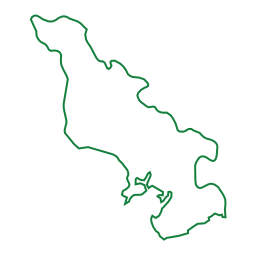 map outline of Kyōto (Albers equal-area conic projection), rotated 181°
{"feature_id": "JPN-1850", "entity_name": "Kyōto", "entity_type": "Urban Prefecture", "adm_level": 1, "iso_a3": "JPN", "parent_name": "Japan", "parent_adm1": "", "projection": "albers", "projection_center": [135.379, 35.234], "detail": "fine", "context": "isolated", "style": "outline", "palette": "green", "viewbox_px": 256, "rotation_deg": 181, "n_neighbors": 0, "source": "natural_earth", "source_scale": "10m", "svg_char_len": 2940}
<svg xmlns="http://www.w3.org/2000/svg" viewBox="0 0 256 256"><g transform="rotate(181 128 128)"><path d="M29.0,40.4L31.9,40.6L32.6,43.0L34.8,42.3L37.8,43.3L39.7,44.0L43.1,41.2L44.1,40.6L45.8,39.9L45.2,37.3L49.9,34.0L53.8,33.7L56.8,33.4L59.5,31.6L66.3,26.6L66.1,23.9L74.5,21.3L82.8,19.6L87.2,18.9L90.0,17.1L94.0,20.1L95.8,23.8L98.3,25.5L101.0,29.6L102.9,34.3L103.3,37.9L102.1,40.7L98.7,38.5L95.3,40.9L93.2,45.3L92.6,48.0L90.9,49.7L86.2,55.2L83.4,59.8L83.4,63.9L84.7,65.0L86.5,64.7L86.8,61.1L89.1,59.3L91.3,55.8L93.5,54.4L94.4,58.6L96.4,59.4L97.3,60.3L95.8,61.4L94.1,61.5L92.1,61.3L91.9,64.6L102.5,70.6L104.9,69.5L106.3,68.3L108.2,71.6L107.2,74.4L106.4,76.3L104.8,80.2L104.5,81.8L105.4,84.2L107.3,82.7L108.9,79.3L111.0,76.0L114.0,76.2L118.1,78.2L119.4,77.0L119.4,71.8L114.6,72.9L110.6,71.2L108.6,65.6L112.5,62.1L114.6,61.4L119.5,61.3L121.7,60.6L123.4,58.9L125.0,56.8L125.6,54.6L129.6,52.0L128.8,55.3L127.8,58.5L130.8,59.7L132.9,61.1L132.2,64.3L131.8,65.1L129.5,66.4L127.8,67.7L126.0,69.6L125.6,71.5L126.3,73.5L127.3,75.3L128.0,77.3L128.0,78.4L126.9,81.2L127.0,83.2L127.9,85.9L133.3,92.7L136.3,95.5L137.6,97.6L139.0,99.4L142.5,101.3L167.6,108.2L176.7,106.7L181.6,110.9L191.0,122.0L191.3,125.0L189.6,132.5L189.9,135.2L192.2,144.6L192.7,148.2L192.7,151.4L189.1,175.2L189.1,176.1L190.9,180.3L193.3,184.5L195.8,189.9L196.2,192.9L196.3,195.9L196.1,199.1L196.7,201.1L197.5,202.3L199.2,203.5L201.4,204.1L204.0,204.2L206.4,203.7L208.6,205.1L209.8,207.4L211.1,209.3L212.6,210.5L216.9,212.7L218.8,214.7L220.3,216.9L221.1,218.9L221.3,222.9L227.0,234.9L225.8,237.3L224.2,238.4L222.4,238.9L220.8,238.6L218.4,237.4L215.0,235.2L209.3,233.2L205.5,233.2L202.2,234.6L199.3,236.8L195.3,238.5L192.4,238.4L189.9,237.4L188.4,236.4L181.6,234.2L178.9,232.9L176.6,231.3L173.6,228.2L171.0,226.0L172.4,220.7L171.3,215.4L170.0,213.0L166.9,208.5L160.7,197.3L158.6,195.0L156.4,194.1L154.6,194.3L152.5,193.0L149.9,187.5L148.5,186.7L147.2,187.4L146.2,188.8L145.6,190.3L146.4,191.9L146.7,193.8L145.5,194.9L142.4,195.1L136.6,192.0L133.6,189.3L131.1,185.9L128.9,181.7L126.5,179.9L124.1,179.1L117.9,178.6L112.8,177.0L109.2,173.4L108.6,172.0L108.7,170.3L110.0,169.4L112.2,168.5L115.4,166.5L118.5,163.2L119.2,160.6L118.4,158.4L117.2,155.8L115.5,154.2L109.5,149.8L107.4,149.1L102.9,149.9L101.1,149.2L99.8,146.8L97.8,145.1L95.3,144.2L92.6,143.9L89.5,144.1L85.5,141.4L83.3,138.5L80.5,133.4L78.4,127.0L77.3,125.9L76.4,125.4L73.0,125.3L71.2,125.7L67.5,128.0L64.7,128.2L62.5,126.7L56.2,124.3L54.0,121.9L51.9,120.2L50.0,119.1L44.1,117.4L41.0,115.7L39.3,113.9L38.5,112.1L38.3,110.6L38.8,102.6L39.2,100.4L40.0,98.0L41.4,96.7L43.2,96.6L45.5,97.6L49.2,100.0L50.8,100.7L52.2,100.9L54.2,100.8L55.7,100.0L56.9,98.6L58.1,96.9L59.2,94.9L60.0,92.7L60.2,90.5L59.7,77.0L59.2,72.6L57.7,70.4L55.8,69.3L53.9,69.4L52.2,70.1L46.9,73.0L44.0,73.8L40.6,73.0L36.8,70.5L32.3,64.0L30.6,60.9L29.6,58.5L29.3,55.8L29.3,52.1L29.5,50.1L29.6,47.8L29.0,40.4Z" fill="none" stroke="#15803d" stroke-width="2"/></g></svg>